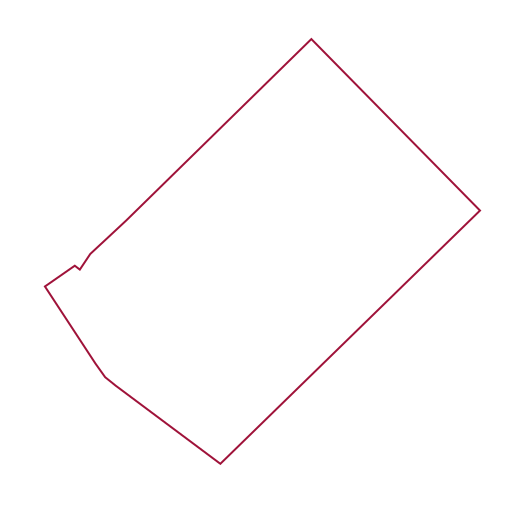 the district of Riyadh, Nouakchott, Mauritania, rotated 316°
{"feature_id": "47542326B18524078593640", "entity_name": "Riyadh", "entity_type": "district", "adm_level": 2, "iso_a3": "MRT", "parent_name": "Mauritania", "parent_adm1": "Nouakchott", "projection": "orthographic", "projection_center": [-15.955, 18.004], "detail": "fine", "context": "isolated", "style": "outline", "palette": "rose", "viewbox_px": 512, "rotation_deg": 316, "n_neighbors": 0, "source": "geoboundaries", "source_scale": "gbopen_adm2", "svg_char_len": 304}
<svg xmlns="http://www.w3.org/2000/svg" viewBox="0 0 512 512"><g transform="rotate(316 256 256)"><path d="M83.0,131.3L65.8,221.8L63.3,238.4L65.0,251.9L86.0,380.7L448.7,378.9L446.5,138.4L187.0,140.3L138.2,139.4L119.8,143.4L118.9,137.1L83.0,131.3Z" fill="none" stroke="#9f1239" stroke-width="2"/></g></svg>